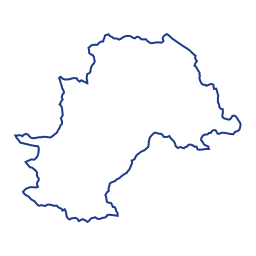 the district of Campinas, São Paulo, Brazil
{"feature_id": "56859067B21122711831395", "entity_name": "Campinas", "entity_type": "district", "adm_level": 2, "iso_a3": "BRA", "parent_name": "Brazil", "parent_adm1": "São Paulo", "projection": "orthographic", "projection_center": [-47.047, -22.895], "detail": "fine", "context": "isolated", "style": "outline", "palette": "blue", "viewbox_px": 256, "rotation_deg": 0, "n_neighbors": 0, "source": "geoboundaries", "source_scale": "gbopen_adm2", "svg_char_len": 4453}
<svg xmlns="http://www.w3.org/2000/svg" viewBox="0 0 256 256"><path d="M218.3,95.8L217.6,93.4L216.8,90.4L216.1,88.6L214.0,88.9L213.6,87.0L213.5,84.8L211.2,83.9L208.4,84.9L206.5,85.8L205.1,84.7L203.4,84.9L201.8,83.9L200.9,82.3L199.9,80.0L199.4,77.8L199.9,75.9L199.5,74.3L199.5,72.5L198.0,70.4L196.9,68.6L196.3,67.0L194.5,65.7L195.4,63.2L197.0,61.1L195.6,59.4L195.1,57.5L195.6,55.8L193.8,54.4L189.1,49.9L187.3,48.7L183.3,46.2L176.8,41.8L174.0,39.8L171.6,38.1L170.1,36.5L168.9,35.5L167.2,34.1L165.2,34.9L163.4,36.6L162.6,38.2L163.5,41.1L161.5,42.7L159.3,42.4L157.4,42.4L154.9,42.6L152.5,43.1L150.6,43.1L148.9,42.1L147.1,40.8L145.9,39.2L143.9,39.4L141.2,39.3L140.0,38.0L138.5,36.9L136.7,36.9L135.0,38.3L133.1,37.9L131.7,36.8L129.6,36.0L127.6,35.9L125.1,36.3L123.0,37.3L120.9,38.8L118.9,39.6L117.3,38.7L115.7,38.4L113.8,38.4L111.9,36.9L109.9,36.0L108.5,34.3L107.1,34.7L104.9,35.6L104.5,37.7L103.7,39.3L103.2,41.5L101.0,41.6L98.9,43.0L97.3,44.8L95.0,44.7L93.1,44.9L91.3,45.3L90.2,46.5L88.5,47.8L89.1,50.4L89.1,52.8L90.6,54.3L92.8,55.1L93.9,56.9L94.2,59.0L94.8,61.4L93.9,63.3L92.1,65.3L91.2,67.3L90.6,69.5L90.5,71.4L89.6,73.0L87.2,74.1L86.8,76.7L86.7,79.0L87.2,81.0L87.3,83.2L81.4,80.3L79.7,81.6L77.5,80.0L76.8,78.3L74.2,78.1L72.2,78.3L70.2,79.1L68.3,79.3L65.6,79.6L62.9,78.9L60.6,76.8L59.1,77.9L60.2,80.8L60.8,83.6L61.6,85.4L62.1,88.0L63.6,90.8L64.0,92.8L62.6,94.3L61.7,97.2L62.7,99.4L61.5,100.8L60.7,102.5L59.6,104.6L61.0,105.6L61.9,107.7L62.3,110.5L62.5,112.7L62.7,115.5L60.9,118.3L62.1,121.7L61.9,124.0L60.4,125.5L59.6,127.9L58.2,130.0L56.8,132.8L55.0,134.0L53.7,135.2L52.0,136.5L50.2,137.5L47.5,137.1L45.4,136.8L43.4,136.8L41.7,137.2L39.3,137.3L37.3,137.5L35.8,138.0L33.9,138.1L32.2,138.2L30.0,137.1L28.2,134.7L25.9,133.9L23.9,134.7L22.4,136.3L20.8,135.3L18.9,135.2L17.1,135.6L15.4,135.5L16.7,138.1L18.2,139.6L19.3,141.2L20.5,142.7L27.5,144.3L30.7,145.1L35.7,146.1L38.1,146.3L38.8,148.4L38.7,150.5L38.4,153.1L37.4,156.3L36.0,158.1L34.2,159.7L31.4,159.4L28.3,160.7L25.6,162.0L26.8,163.7L28.0,164.9L29.0,166.3L30.1,167.4L31.8,167.4L33.7,169.0L35.9,170.7L37.1,172.8L36.8,175.3L37.6,177.1L38.7,178.3L38.7,180.2L37.1,182.6L37.1,185.1L38.0,186.8L36.5,187.4L34.5,187.4L32.2,187.1L30.2,187.1L28.7,187.8L26.5,188.5L24.6,190.0L23.0,191.9L24.3,193.9L26.5,195.5L28.5,196.4L29.7,197.7L30.9,199.1L32.5,200.2L34.4,201.1L36.1,203.1L37.8,205.2L39.5,205.7L41.3,205.1L43.5,205.7L45.4,206.0L46.8,204.9L48.3,204.5L49.9,204.7L51.8,205.1L53.9,205.8L56.6,205.6L58.5,207.5L60.3,208.2L61.7,209.0L62.5,210.6L64.6,209.3L65.5,210.7L66.1,213.1L66.6,216.5L67.9,218.3L69.6,219.5L71.9,218.2L73.8,218.2L75.6,217.8L77.6,219.1L78.8,221.1L80.4,220.2L82.6,219.1L84.4,220.0L85.8,220.6L87.4,221.9L88.9,221.0L90.3,219.2L91.7,218.1L93.6,217.8L95.3,217.3L97.3,218.7L99.9,219.0L102.0,218.0L104.8,217.5L106.6,216.6L107.2,215.1L109.5,214.7L117.7,215.8L117.5,213.0L116.1,210.9L115.6,208.6L114.5,207.0L112.8,206.9L112.1,205.0L111.1,203.1L108.8,202.6L107.1,202.1L106.5,199.7L106.2,197.2L105.4,195.1L107.0,192.3L108.8,190.9L108.5,189.2L108.9,187.1L109.5,185.2L109.8,183.6L111.1,182.6L113.2,181.7L115.1,181.1L116.4,179.6L118.3,178.7L119.6,177.9L120.8,176.8L122.4,175.5L124.2,174.2L126.6,173.0L127.8,171.2L129.0,169.9L129.9,168.4L130.9,165.9L132.1,163.1L131.7,160.6L133.6,159.8L135.0,158.5L135.8,156.3L137.1,154.8L138.8,153.5L141.1,151.7L142.9,150.9L144.7,150.2L146.0,148.8L148.1,147.1L148.7,144.6L148.7,142.9L149.1,140.2L149.5,138.6L150.1,137.1L151.3,135.8L153.0,133.9L154.9,132.6L157.0,133.1L159.1,133.8L160.6,133.7L162.2,134.5L163.7,136.8L165.7,137.0L167.6,136.9L169.3,136.0L170.6,138.1L172.0,139.5L173.8,141.2L175.0,143.4L175.7,146.2L177.9,148.0L180.4,147.0L182.5,147.9L184.2,148.2L185.5,146.9L187.2,146.6L188.4,144.8L190.7,144.6L193.2,145.5L194.4,146.7L196.6,146.7L197.6,149.4L199.6,149.8L203.0,149.4L206.0,149.0L208.9,149.0L208.3,146.5L206.0,145.6L203.9,144.3L202.5,141.7L201.1,140.2L201.3,138.1L202.6,135.9L204.6,134.6L206.3,134.6L207.7,134.2L209.0,132.9L210.7,133.0L212.1,130.9L213.6,130.1L215.4,130.2L216.6,131.8L217.5,133.6L219.2,133.9L221.2,132.8L223.2,132.8L224.9,132.9L227.1,133.3L230.0,133.9L233.2,134.3L235.1,131.8L237.4,131.1L239.4,129.7L240.2,126.8L240.6,124.6L240.0,122.5L238.7,120.9L237.7,119.1L236.3,116.9L234.3,115.6L232.5,115.9L231.4,117.6L230.2,119.3L227.9,119.6L226.4,118.9L224.9,118.7L223.2,117.8L222.3,116.5L222.5,114.4L222.9,112.4L222.8,109.3L220.5,108.6L219.2,106.6L219.0,104.1L217.9,102.2L217.9,100.1L217.9,98.0L218.3,95.8Z" fill="none" stroke="#1e3a8a" stroke-width="2"/></svg>